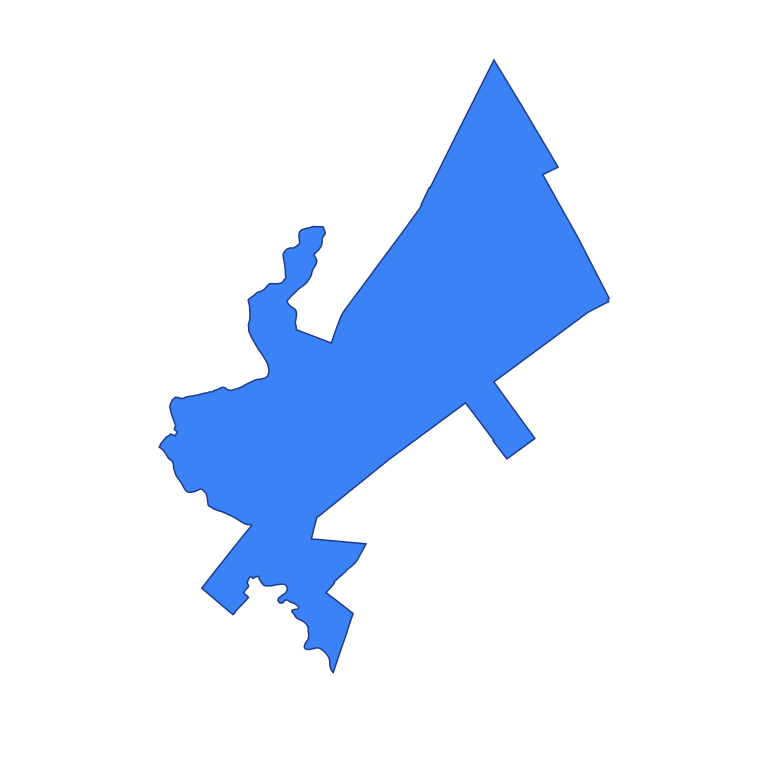 Tandarei, Ialomita, Romania, rotated 59°
{"feature_id": "2599482B96283666408725", "entity_name": "Tandarei", "entity_type": "district", "adm_level": 2, "iso_a3": "ROU", "parent_name": "Romania", "parent_adm1": "Ialomita", "projection": "natural_earth1", "projection_center": [27.631, 44.699], "detail": "fine", "context": "isolated", "style": "filled", "palette": "blue", "viewbox_px": 768, "rotation_deg": 59, "n_neighbors": 0, "source": "geoboundaries", "source_scale": "gbopen_adm2", "svg_char_len": 6146}
<svg xmlns="http://www.w3.org/2000/svg" viewBox="0 0 768 768"><g transform="rotate(59 384 384)"><path d="M465.1,645.4L502.4,632.8L504.0,632.2L503.4,630.3L503.3,629.8L503.1,629.0L502.4,628.5L500.1,619.9L498.0,612.6L497.6,611.3L497.2,610.2L496.8,610.0L495.7,610.3L494.8,610.6L494.2,610.8L493.1,611.2L491.7,611.8L491.1,611.6L490.5,611.1L489.4,609.4L488.1,604.7L487.3,604.0L486.8,603.9L484.8,603.8L483.7,603.6L483.4,603.2L481.1,599.9L480.5,599.1L480.3,597.8L480.5,597.3L481.5,596.8L482.9,596.7L483.2,596.2L483.1,593.8L483.3,593.1L484.4,590.3L486.7,591.3L490.5,591.3L492.6,591.2L494.1,590.8L495.7,589.8L496.5,588.8L499.0,584.5L500.5,579.9L503.1,574.3L504.5,572.5L506.0,571.8L508.0,571.7L510.4,572.8L511.7,574.7L512.5,576.0L512.6,577.5L512.7,581.5L513.2,584.7L514.8,586.4L516.5,586.4L518.0,586.0L519.0,584.8L519.4,583.3L518.9,581.7L518.5,579.4L519.3,578.2L521.0,577.3L522.5,576.7L523.8,575.7L526.3,573.6L528.1,573.0L530.6,572.0L531.3,572.1L531.9,572.6L532.3,573.1L532.3,573.7L532.2,574.8L531.6,575.8L531.1,577.0L530.8,577.9L530.7,578.8L530.7,579.6L531.2,580.0L531.8,580.2L534.4,579.8L538.9,579.6L540.2,579.1L546.2,575.4L548.7,574.5L551.5,574.1L553.2,574.3L555.3,575.2L556.5,576.1L557.8,576.5L560.3,577.8L562.1,579.0L564.1,581.1L565.2,584.1L567.2,586.9L568.2,587.7L569.3,588.0L570.8,587.6L572.0,586.5L573.2,584.4L575.7,577.2L577.0,575.6L578.9,574.5L583.3,572.7L587.6,572.2L589.7,572.2L591.4,572.5L593.4,573.2L596.6,575.0L599.0,575.9L601.8,576.5L604.1,576.4L605.1,576.0L589.5,557.8L577.2,542.9L576.5,542.5L569.0,533.7L564.9,528.7L554.3,532.7L545.6,536.1L533.0,541.1L532.1,538.2L529.7,530.6L529.0,529.1L528.7,528.8L527.7,528.5L527.6,526.9L527.2,525.0L526.5,521.7L526.0,518.8L525.6,516.7L524.9,513.5L524.6,512.5L524.1,510.9L523.9,509.1L523.6,507.5L523.6,506.5L523.0,503.5L522.3,500.2L522.1,499.7L521.4,498.2L520.5,496.6L517.2,490.9L511.8,481.7L505.4,490.3L500.3,497.4L493.9,506.0L491.2,509.8L487.9,514.3L482.9,521.1L479.5,526.1L476.9,523.5L473.2,519.9L464.2,510.8L463.9,510.4L463.5,506.5L463.3,504.9L462.5,499.3L461.8,494.6L461.3,490.3L460.7,486.2L457.4,463.2L456.2,453.9L455.7,450.3L455.1,445.8L454.6,442.6L454.3,440.8L453.9,437.5L453.0,431.0L452.4,426.6L451.6,421.3L451.1,417.3L449.5,400.3L448.4,389.1L448.0,384.2L447.6,380.9L447.0,374.7L446.5,369.1L445.9,362.4L445.5,358.9L445.0,353.6L444.5,348.5L444.2,344.8L443.7,340.6L443.1,333.7L443.0,332.2L442.1,323.9L469.5,320.9L489.0,318.9L489.0,319.7L511.5,317.3L508.4,282.7L501.3,283.3L496.2,283.8L438.8,288.8L433.3,231.2L427.6,172.4L428.1,163.8L429.1,148.8L427.8,148.7L427.1,148.5L426.8,148.2L426.5,146.9L392.0,144.6L391.8,144.6L358.6,142.4L358.4,142.3L316.5,141.1L311.9,140.9L286.4,140.1L286.4,139.0L287.1,131.1L287.8,123.1L216.7,122.6L165.3,122.9L162.9,122.9L169.6,133.5L181.5,152.3L190.7,166.8L191.9,168.7L196.9,176.6L208.7,195.2L220.5,213.6L223.0,217.6L226.5,223.0L239.8,243.8L239.1,244.2L249.5,259.9L250.1,259.7L251.2,261.7L252.1,263.3L264.3,292.1L281.6,334.2L284.1,340.1L284.2,340.3L291.8,358.7L300.3,379.5L301.6,382.3L303.2,384.9L304.6,387.1L309.4,393.2L321.7,408.1L307.3,419.4L303.0,422.8L292.2,431.3L291.8,430.8L289.9,429.9L287.7,429.1L285.8,428.5L284.3,427.3L283.2,426.2L279.4,423.1L277.1,422.1L276.1,421.9L275.6,421.7L274.8,421.7L274.1,421.8L270.8,423.4L268.8,424.5L268.4,424.3L268.0,424.3L266.5,424.8L264.0,424.6L263.0,424.8L262.7,424.5L262.6,423.6L261.2,419.6L260.4,416.0L259.6,412.3L259.0,410.9L258.7,409.5L258.1,402.9L257.4,398.6L256.2,395.5L254.3,391.9L253.0,390.0L251.3,388.5L249.8,386.9L247.7,383.2L246.0,380.3L244.0,378.2L242.5,377.7L240.2,377.5L239.2,377.7L238.5,377.7L237.7,377.5L237.1,377.0L236.7,376.6L235.5,371.8L235.1,370.2L234.1,368.0L232.6,365.7L231.1,364.5L227.6,362.1L226.6,360.9L225.6,358.3L224.9,357.1L224.1,356.5L221.2,355.8L219.5,355.6L218.6,355.2L217.7,355.5L212.2,364.2L212.1,364.5L212.2,365.6L212.0,367.0L210.9,369.1L210.2,372.3L209.4,375.0L209.6,376.3L210.0,377.4L211.2,379.2L213.4,380.7L218.1,382.9L219.1,383.2L220.3,384.5L220.7,386.3L220.7,386.9L220.8,390.0L220.6,392.0L219.1,394.3L218.4,397.0L218.7,399.5L219.9,402.4L221.0,403.8L223.7,405.1L231.5,408.0L236.6,410.5L240.5,412.7L241.6,412.8L242.3,413.3L242.7,414.1L243.1,415.6L244.7,419.3L244.0,421.7L242.8,424.6L241.0,427.1L239.2,430.1L239.3,431.3L239.6,433.1L240.5,435.4L241.2,438.1L241.3,441.7L240.3,444.7L240.4,446.7L241.1,450.3L241.4,455.0L241.8,456.9L243.1,457.6L247.9,459.1L255.5,463.1L260.0,466.2L263.1,469.5L268.9,472.5L269.7,472.8L275.6,473.5L287.6,473.8L290.8,473.7L297.3,473.2L302.3,473.2L306.0,473.3L309.5,474.2L312.3,475.3L314.2,476.3L316.6,478.6L317.3,479.9L317.3,480.3L317.6,481.7L317.6,483.3L317.0,484.7L316.5,486.1L316.6,487.1L316.5,487.7L315.9,487.9L314.7,490.8L314.3,492.0L314.1,493.4L313.9,496.2L313.5,499.4L313.2,503.5L313.3,505.4L313.1,508.0L312.6,511.1L311.0,518.0L308.4,521.1L305.9,521.9L304.4,523.0L304.2,523.3L303.5,524.4L303.2,526.0L302.8,530.7L302.3,532.3L302.2,534.2L302.3,534.5L302.2,535.0L301.9,536.2L301.3,536.9L300.9,537.7L300.7,539.0L300.3,540.6L299.2,543.2L298.2,546.8L297.0,550.4L296.4,551.8L295.9,554.0L294.3,557.3L293.3,560.1L292.7,564.4L289.6,567.4L288.0,569.5L288.6,573.5L290.7,576.8L293.0,579.3L300.4,581.7L305.4,582.7L311.9,583.9L312.4,584.2L314.6,586.9L315.1,587.1L316.9,586.4L318.5,585.8L320.8,589.8L317.0,592.6L317.6,594.6L317.6,595.4L317.5,595.9L317.3,596.9L317.4,598.1L320.3,606.4L321.3,607.6L322.5,609.3L323.9,608.4L325.3,607.8L326.8,607.5L328.9,607.1L331.6,607.0L333.8,607.0L336.0,607.0L337.9,606.6L340.4,605.5L341.4,605.3L344.4,605.9L347.6,607.6L350.4,608.2L352.7,608.9L355.1,609.3L357.4,609.3L361.6,608.9L364.5,608.7L366.4,608.8L368.6,608.9L373.0,608.9L374.4,608.5L375.5,607.9L376.8,606.3L377.6,604.6L378.3,602.9L378.9,600.7L379.2,597.4L379.6,595.3L380.0,594.7L381.8,593.8L386.4,592.8L390.1,594.0L391.0,594.3L393.2,595.3L396.7,596.9L398.0,597.0L399.0,596.5L401.4,595.2L403.7,594.0L406.7,591.7L408.7,589.9L411.1,587.8L413.8,585.9L416.0,584.5L417.5,583.3L422.1,580.5L427.2,578.0L431.5,575.8L433.7,573.9L435.5,571.5L436.5,570.6L437.0,570.2L438.4,574.0L439.5,577.1L440.1,578.9L446.0,594.9L451.2,608.8L453.6,614.9L454.8,618.2L456.3,622.3L458.0,626.7L459.2,629.9L460.6,633.4L461.9,636.9L463.4,640.8L465.1,645.4Z" fill="#3b82f6" stroke="#1e3a8a" stroke-width="1.5"/></g></svg>